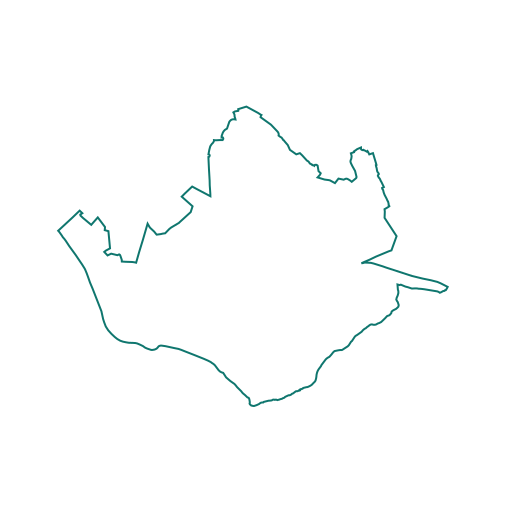 4e Arrondissement, Analamanga, Madagascar (orthographic projection), rotated 312°
{"feature_id": "10022922B42847936410668", "entity_name": "4e Arrondissement", "entity_type": "district", "adm_level": 2, "iso_a3": "MDG", "parent_name": "Madagascar", "parent_adm1": "Analamanga", "projection": "orthographic", "projection_center": [47.516, -18.933], "detail": "fine", "context": "isolated", "style": "outline", "palette": "teal", "viewbox_px": 512, "rotation_deg": 312, "n_neighbors": 0, "source": "geoboundaries", "source_scale": "gbopen_adm2", "svg_char_len": 6156}
<svg xmlns="http://www.w3.org/2000/svg" viewBox="0 0 512 512"><g transform="rotate(312 256 256)"><path d="M142.4,92.1L142.2,93.9L141.3,97.9L140.7,100.0L140.5,101.9L140.0,104.4L138.4,110.5L136.1,121.3L134.0,129.7L133.4,132.2L132.0,137.1L131.6,138.1L129.9,141.7L128.1,145.1L125.2,150.4L122.4,156.4L111.5,178.1L106.9,184.5L105.1,187.6L103.1,191.5L101.9,195.9L101.4,200.7L101.3,205.3L101.5,208.5L102.2,211.8L103.3,214.4L104.8,217.0L106.3,219.4L109.0,222.6L110.6,224.6L111.5,226.2L112.4,228.8L113.4,232.2L113.7,235.0L114.4,237.1L115.3,239.2L116.1,241.0L117.0,242.0L118.7,243.3L120.6,244.1L122.1,244.2L123.5,244.1L124.4,244.3L125.5,245.0L126.1,245.6L128.5,249.2L132.9,256.9L135.1,260.6L136.2,263.2L137.6,267.0L141.1,276.3L144.6,285.8L146.1,290.3L146.9,293.3L147.0,294.8L147.3,296.6L147.3,298.5L147.0,300.1L146.1,304.7L146.1,306.8L146.5,308.3L147.2,309.8L145.8,315.0L145.9,320.5L146.3,324.0L146.5,325.5L146.3,327.5L145.9,329.6L145.6,335.7L145.3,337.0L145.2,338.3L145.3,341.0L145.2,343.8L145.2,344.2L145.4,344.8L145.7,345.4L145.3,346.5L144.7,347.4L143.4,349.0L142.6,349.7L142.0,350.0L141.7,350.7L141.7,352.5L142.6,354.1L143.2,354.9L145.5,356.2L148.0,357.3L149.2,357.5L150.4,357.9L151.5,358.8L152.0,359.4L152.8,359.4L156.9,362.2L157.7,363.0L159.2,364.3L160.3,364.6L161.3,365.4L161.7,366.3L162.1,366.5L162.7,367.0L163.2,368.3L164.0,368.8L164.7,369.3L165.9,369.9L167.2,370.8L168.5,371.2L169.0,371.6L170.0,371.9L170.8,371.9L174.3,373.4L175.0,374.2L176.7,374.9L177.6,374.9L178.7,375.5L182.0,376.1L182.6,376.5L183.0,377.1L183.9,377.6L185.0,377.9L185.2,378.5L185.6,378.6L185.8,378.1L186.2,378.3L186.6,378.1L188.5,379.4L188.8,379.4L189.1,379.3L190.0,379.7L192.2,381.2L193.1,382.0L194.2,382.5L195.7,383.1L197.4,383.6L200.6,383.7L201.9,383.8L203.2,383.6L205.2,382.6L206.6,381.7L208.2,380.5L209.8,379.6L211.4,378.9L212.9,378.5L214.1,378.3L217.5,378.0L218.8,377.6L225.8,377.0L227.1,377.1L228.5,377.4L230.2,378.0L233.1,378.0L236.0,377.8L237.3,377.9L237.9,378.0L240.9,380.2L242.5,381.5L243.1,382.3L243.9,382.9L250.2,384.6L251.8,384.7L255.9,384.0L257.0,384.2L261.6,383.5L262.4,383.4L263.4,383.5L265.0,384.0L270.4,385.2L272.3,385.1L274.5,385.4L275.7,385.9L277.7,386.1L279.2,386.5L280.2,386.6L281.3,386.9L282.1,387.3L282.8,388.0L283.2,388.8L283.7,389.6L284.5,390.4L285.3,391.0L287.4,391.7L288.6,392.4L290.7,393.2L296.3,393.6L298.6,393.6L299.3,393.7L299.6,393.9L301.3,394.8L303.9,394.8L305.2,394.1L305.7,394.0L307.4,394.3L310.5,395.5L312.5,395.7L313.5,395.7L314.0,395.5L315.0,394.9L316.6,392.2L316.9,390.9L317.5,389.4L319.1,388.5L321.3,387.8L322.3,387.3L323.7,386.6L325.2,385.2L325.4,384.9L325.8,384.1L329.5,380.2L330.5,382.2L331.6,382.8L333.2,387.4L334.4,389.7L336.1,393.6L337.5,395.0L339.1,396.7L339.8,397.6L340.4,398.6L342.0,400.6L343.9,403.3L351.0,414.4L351.5,415.7L351.7,417.2L352.9,417.8L355.3,418.6L356.2,419.4L356.9,419.5L357.2,419.4L357.7,419.9L359.9,419.5L361.3,419.1L359.3,411.6L358.1,408.1L355.0,402.2L350.7,394.9L345.5,385.2L334.5,360.5L333.1,357.1L329.1,348.4L327.8,346.0L326.2,344.0L323.9,341.2L322.3,340.2L321.1,339.2L323.3,340.1L329.3,342.9L335.9,345.6L348.3,351.5L350.8,352.9L364.8,347.2L370.4,326.0L375.2,322.0L376.8,320.2L380.5,321.4L382.2,321.8L382.6,321.1L382.6,320.4L383.4,319.8L384.9,317.6L385.0,316.8L385.9,314.9L387.5,310.6L388.7,308.3L390.1,306.3L390.3,305.2L390.9,304.2L392.8,304.9L394.8,300.0L395.5,297.9L396.0,297.0L396.2,296.4L396.4,295.6L396.4,294.7L396.9,293.7L397.1,292.9L397.6,292.6L398.7,292.5L399.0,292.5L399.4,292.0L399.7,290.6L399.8,290.0L400.0,289.5L400.7,288.5L402.0,286.9L402.8,285.5L403.7,284.3L404.1,284.5L404.3,284.6L404.8,283.8L410.7,274.1L407.3,272.2L408.3,269.8L408.6,268.6L407.7,268.6L407.4,267.2L407.1,266.0L406.9,265.5L406.8,264.8L406.2,264.7L405.7,263.7L405.6,263.0L405.8,262.2L406.4,261.9L406.9,261.4L403.4,259.8L402.5,259.5L401.5,259.4L400.7,259.1L400.1,259.1L399.8,258.9L399.4,258.8L399.1,258.9L399.0,259.2L398.8,259.4L396.2,258.0L395.8,257.8L395.4,258.5L394.6,259.7L394.0,260.4L393.3,260.9L392.6,261.3L392.1,261.7L390.7,262.2L389.9,262.6L389.2,263.2L388.5,264.4L387.3,267.4L385.5,272.7L382.1,277.7L381.9,277.8L381.4,278.2L380.8,278.3L375.2,277.5L375.1,275.4L374.7,273.2L374.2,271.7L373.3,270.9L371.4,270.1L368.7,265.5L363.0,265.9L361.7,260.4L361.1,259.3L358.7,255.8L355.6,249.2L359.2,249.2L360.8,248.7L360.9,245.7L364.4,241.3L364.3,240.6L364.3,240.1L363.9,239.5L363.1,238.8L362.0,239.0L362.0,238.4L361.9,238.0L361.4,237.5L361.3,237.3L361.2,236.5L361.4,236.4L361.2,235.8L361.2,235.5L361.1,235.3L361.0,234.7L360.8,234.4L360.8,234.0L361.0,233.2L361.2,232.8L361.2,232.2L361.3,231.6L361.3,231.3L361.1,230.8L361.0,229.9L361.7,223.0L361.8,219.8L358.5,217.9L357.6,210.2L359.7,205.4L360.4,200.0L360.6,199.6L360.4,198.5L360.8,197.3L361.1,195.7L360.8,194.5L360.6,192.2L361.1,191.9L361.9,191.2L362.7,189.7L362.9,188.2L363.1,185.7L363.6,179.2L362.2,166.5L363.6,165.8L364.4,165.7L364.2,165.0L363.7,161.8L360.6,148.9L353.2,144.5L352.5,145.4L352.0,145.7L350.5,144.5L349.3,143.6L347.6,143.1L347.0,144.7L346.6,145.5L345.3,146.8L344.2,148.7L343.7,149.4L343.0,148.3L342.4,147.6L341.5,146.9L340.3,146.4L338.7,146.3L337.8,146.4L331.3,149.2L328.9,148.5L327.1,148.5L325.5,148.8L322.1,150.2L321.1,151.1L321.7,151.4L321.9,152.0L321.7,152.6L321.4,153.1L320.9,153.4L319.8,153.6L318.5,152.1L315.0,148.6L314.0,147.2L313.4,147.8L312.4,148.1L311.1,148.3L309.9,148.2L308.7,148.3L307.4,148.5L306.5,148.8L303.6,150.3L299.8,152.6L300.1,153.0L300.1,153.4L300.0,153.9L299.8,154.2L299.6,154.4L298.9,154.7L298.5,154.8L298.2,154.7L297.7,154.4L289.0,163.0L281.1,171.0L277.5,174.4L275.1,176.9L271.6,180.5L269.9,182.1L266.1,167.1L264.9,162.1L254.8,161.3L250.4,161.1L250.5,175.6L244.9,178.1L229.9,176.6L229.1,176.6L220.4,173.9L218.1,173.5L212.1,173.3L210.2,171.7L208.6,170.6L205.4,167.9L205.4,167.6L206.0,164.0L206.1,158.6L206.4,157.1L207.3,154.4L207.5,153.8L192.6,161.0L180.8,166.5L170.8,171.4L170.0,169.9L168.7,168.0L164.4,162.9L162.1,160.0L163.4,158.7L165.4,155.1L165.8,154.0L165.6,153.2L163.9,152.5L160.8,146.8L157.1,145.3L157.5,140.5L159.5,140.8L164.0,142.4L175.7,129.7L174.0,126.3L176.5,124.4L178.8,112.6L168.9,112.7L168.5,101.9L168.6,98.5L169.2,97.7L171.6,98.3L171.7,94.6L167.7,94.3L162.0,93.9L142.4,92.1Z" fill="none" stroke="#0f766e" stroke-width="2"/></g></svg>